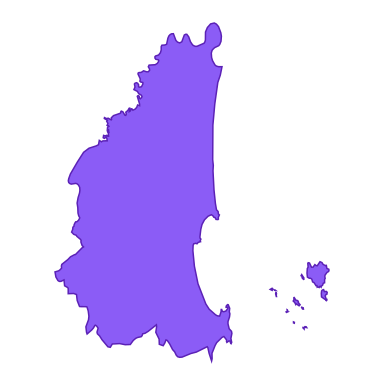 the district of Tinh Gia, Thanh Hóa, Vietnam
{"feature_id": "81297802B97652803071493", "entity_name": "Tinh Gia", "entity_type": "district", "adm_level": 2, "iso_a3": "VNM", "parent_name": "Vietnam", "parent_adm1": "Thanh Hóa", "projection": "robinson", "projection_center": [105.829, 19.452], "detail": "fine", "context": "isolated", "style": "filled", "palette": "violet", "viewbox_px": 384, "rotation_deg": 0, "n_neighbors": 0, "source": "geoboundaries", "source_scale": "gbopen_adm2", "svg_char_len": 5964}
<svg xmlns="http://www.w3.org/2000/svg" viewBox="0 0 384 384"><path d="M211.6,361.0L212.1,358.8L212.0,353.3L215.1,345.5L216.7,342.6L222.0,337.4L223.9,336.5L226.6,340.0L226.5,341.5L226.9,342.4L228.8,341.0L229.9,341.0L230.7,343.4L231.1,343.7L231.7,342.3L230.9,338.5L231.9,333.4L231.5,331.3L229.2,328.8L228.0,323.9L228.0,321.6L229.5,317.0L229.9,313.8L229.3,311.8L229.7,308.3L228.2,304.7L227.5,304.6L226.2,306.1L226.1,307.3L227.5,307.2L227.8,308.4L225.8,311.1L223.7,311.7L222.3,311.3L221.7,309.5L221.2,309.5L221.0,312.0L219.6,316.1L217.3,315.8L215.4,314.7L209.2,309.2L205.8,303.9L198.0,283.8L194.4,266.2L192.9,250.7L193.1,245.4L193.7,243.8L195.8,243.3L197.0,243.8L198.2,242.4L200.5,241.7L200.1,241.1L200.9,239.1L200.1,238.2L199.9,237.0L200.8,229.4L202.0,224.5L204.5,219.8L208.1,216.2L211.4,214.7L213.1,216.0L213.8,217.2L215.0,217.5L216.0,219.4L217.9,219.6L218.4,219.2L218.3,217.4L219.4,214.9L218.4,214.0L218.1,211.5L216.5,209.8L215.4,203.4L214.0,189.9L213.0,170.8L213.3,165.5L212.7,159.8L212.9,125.1L214.8,103.9L217.8,82.5L220.3,75.1L222.0,66.7L218.6,66.7L216.4,66.1L215.0,65.0L212.6,60.8L211.6,57.5L211.3,53.1L212.1,50.3L213.4,48.8L214.7,47.6L218.7,45.7L219.7,44.5L221.0,41.3L221.4,36.2L220.8,32.7L218.5,26.6L216.4,24.1L214.3,23.0L210.6,23.9L207.4,27.5L205.5,32.0L205.4,39.9L205.0,41.6L204.1,43.2L197.0,46.3L195.1,46.3L193.2,45.4L192.3,44.5L190.5,41.8L188.7,36.8L186.8,34.3L185.6,34.3L184.3,35.0L181.8,41.8L179.7,42.9L177.5,42.1L175.9,40.4L173.4,33.7L171.6,33.8L170.2,34.5L168.9,35.9L167.9,38.2L166.6,44.3L164.8,45.0L161.9,45.2L161.2,46.6L161.2,50.0L160.4,52.7L158.6,55.0L155.5,56.0L154.9,56.8L155.0,58.2L155.8,59.3L158.3,59.8L158.7,60.3L158.5,61.6L157.3,63.4L155.2,64.7L149.1,65.1L148.3,66.8L149.5,68.9L149.6,70.3L148.2,71.8L146.6,71.8L143.6,70.8L141.2,72.4L138.8,72.6L138.1,73.1L138.0,74.0L140.3,79.0L139.9,81.2L140.7,82.0L142.8,82.5L142.9,83.9L141.5,86.7L139.6,87.2L138.6,86.8L138.6,84.7L137.6,83.2L136.4,82.7L134.9,83.3L134.4,84.0L135.0,87.1L133.9,89.6L137.4,91.4L138.8,93.8L141.1,95.0L142.0,96.4L141.6,97.6L140.2,98.8L139.5,98.2L139.3,96.7L138.7,95.8L137.9,95.7L137.3,96.3L139.6,104.1L139.6,105.7L137.6,105.0L136.8,107.2L135.3,109.0L132.9,110.2L132.0,108.9L131.5,108.8L130.0,111.3L129.3,111.6L130.1,108.7L129.8,108.1L129.1,108.3L127.9,110.4L125.8,112.2L126.3,114.2L125.7,115.4L124.9,115.2L122.9,111.8L121.4,111.1L120.9,111.4L120.7,112.8L119.9,113.4L113.5,115.6L111.3,117.8L111.6,119.5L111.2,119.9L108.2,118.2L106.5,118.6L104.5,117.6L104.3,118.5L107.4,120.3L106.7,121.3L107.9,123.4L107.1,125.4L108.5,125.7L108.9,126.4L107.9,126.9L107.5,127.6L107.3,129.9L108.4,129.6L108.7,130.1L107.5,131.1L107.5,131.7L107.8,132.2L108.6,131.8L109.0,132.1L108.3,133.7L108.6,136.2L107.9,136.3L106.8,135.3L105.2,135.9L103.6,135.4L103.2,137.7L104.3,138.4L106.2,137.2L106.9,138.5L107.2,140.8L102.9,140.9L101.4,141.8L99.3,140.4L98.5,144.7L96.2,145.9L89.0,148.2L83.6,152.3L77.4,162.0L70.4,174.0L68.7,178.7L68.3,180.8L68.7,182.5L69.7,183.5L71.2,184.1L75.8,183.4L77.2,183.9L78.5,185.1L79.7,187.4L79.9,190.4L79.5,193.1L78.1,197.6L77.1,203.1L77.8,207.7L78.0,213.1L78.7,215.8L79.7,217.6L79.6,218.3L78.5,220.3L76.8,221.8L75.7,221.8L74.9,223.0L74.1,224.8L73.9,226.3L72.9,227.2L72.7,229.4L71.6,232.1L73.7,234.3L76.3,235.3L76.9,236.4L80.5,239.4L81.1,240.5L80.9,242.0L82.1,245.5L83.5,246.9L82.0,247.9L75.4,254.6L74.6,254.6L70.5,256.8L67.8,259.6L61.8,264.4L61.4,266.0L61.6,268.1L60.0,269.8L58.7,270.8L55.0,271.9L55.9,277.0L57.9,280.5L59.3,281.4L60.9,281.4L64.0,279.9L64.6,285.8L67.6,287.5L68.2,288.4L68.2,293.7L73.7,293.5L76.5,294.5L77.2,300.5L79.4,306.2L79.8,306.6L86.3,306.7L87.0,307.0L88.2,310.9L88.9,316.2L88.5,319.8L85.9,326.8L86.5,332.2L87.1,334.0L91.7,330.0L93.5,327.9L94.9,325.4L95.5,325.2L96.7,326.1L98.1,328.2L97.0,332.1L97.4,333.8L99.6,335.9L101.9,339.6L107.9,346.8L110.3,347.3L112.3,344.0L119.7,343.6L125.2,344.7L130.3,344.5L133.3,340.4L135.8,338.3L137.5,337.5L141.2,336.7L142.1,335.7L142.7,333.8L145.0,333.3L148.1,331.4L156.4,324.8L156.6,326.8L155.8,332.3L159.1,339.1L159.3,344.3L163.2,345.7L164.8,343.0L166.0,339.9L167.3,340.5L169.7,344.0L172.6,349.6L174.7,351.9L176.2,355.1L177.6,356.7L179.6,357.3L182.1,357.1L190.9,353.5L196.3,352.1L207.2,346.7L207.8,347.5L209.1,353.3L211.6,361.0ZM326.1,266.0L323.1,264.4L322.0,262.6L320.0,261.7L317.3,265.7L316.1,265.6L314.9,264.6L313.0,267.2L311.5,267.2L309.5,263.0L308.2,262.7L307.8,263.4L308.1,267.2L307.3,268.5L307.0,273.2L307.4,277.1L309.2,278.2L310.6,278.3L311.8,279.2L312.6,281.9L314.2,282.8L316.0,285.7L316.9,285.6L317.2,287.2L317.8,286.9L319.2,287.5L319.6,286.5L320.1,286.3L321.1,287.2L321.3,286.1L322.5,285.4L323.3,283.2L324.6,282.8L324.6,279.6L325.2,278.3L324.8,276.9L325.0,275.2L327.0,272.4L328.6,271.5L329.0,270.2L328.8,269.2L326.9,268.5L326.2,264.7L326.1,266.0ZM324.4,291.6L323.6,289.6L322.4,290.0L321.6,290.9L321.3,293.5L321.5,296.9L324.7,299.2L325.6,299.4L325.7,300.2L326.4,300.7L326.8,300.3L326.9,299.3L326.1,299.0L325.2,295.9L326.0,294.5L326.9,294.2L327.2,292.3L326.3,291.4L324.4,291.6ZM295.9,300.2L294.2,297.5L293.9,297.6L293.9,300.2L293.2,301.0L293.5,301.5L294.5,302.1L295.7,304.4L295.9,303.9L296.4,303.9L298.9,305.7L299.4,305.7L300.1,304.7L298.3,302.7L298.5,302.3L298.1,301.1L297.4,300.5L295.9,300.2ZM303.9,278.0L301.7,274.6L301.1,275.7L302.3,276.3L302.0,277.1L302.4,278.3L303.6,279.4L303.9,279.2L303.7,278.6L303.9,278.0ZM272.8,289.0L272.5,288.4L272.0,288.3L270.2,289.4L272.2,290.4L272.8,289.0ZM276.5,296.5L276.2,294.9L276.5,293.8L276.2,292.5L275.9,292.4L275.6,293.8L276.3,296.5L276.5,296.5ZM302.1,307.8L301.8,307.2L301.6,307.4L302.5,309.0L303.4,309.1L303.2,307.8L302.1,307.8ZM306.2,326.8L305.0,326.6L304.1,327.4L304.4,327.8L304.7,327.3L306.7,327.6L306.2,326.8ZM294.3,323.2L294.4,322.3L293.5,321.9L293.5,322.9L294.3,323.2ZM304.0,328.9L303.8,327.6L303.0,327.5L303.1,328.1L304.0,328.9ZM287.6,311.9L286.5,311.7L286.1,311.9L286.5,312.4L287.6,311.9ZM287.8,311.1L287.3,309.8L287.1,309.7L287.3,311.1L287.8,311.1ZM275.6,290.4L275.1,290.0L274.3,289.9L274.5,290.3L275.6,290.4Z" fill="#8b5cf6" stroke="#5b21b6" stroke-width="1.5"/></svg>